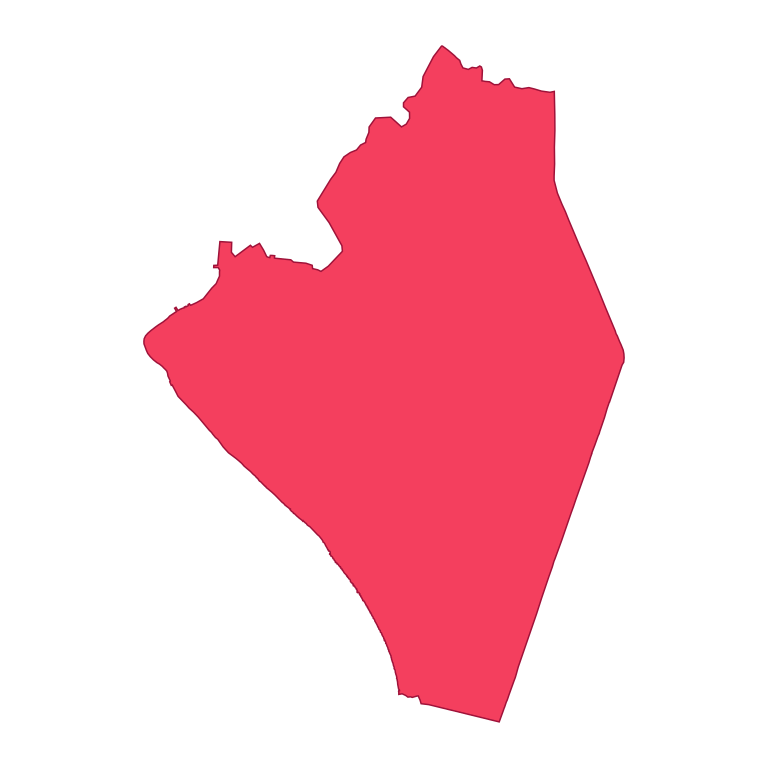 Mjini, Zanzibar West, United Republic of Tanzania (Albers equal-area conic projection)
{"feature_id": "72390352B88201413510937", "entity_name": "Mjini", "entity_type": "district", "adm_level": 2, "iso_a3": "TZA", "parent_name": "United Republic of Tanzania", "parent_adm1": "Zanzibar West", "projection": "albers", "projection_center": [39.207, -6.167], "detail": "fine", "context": "isolated", "style": "filled", "palette": "rose", "viewbox_px": 768, "rotation_deg": 0, "n_neighbors": 0, "source": "geoboundaries", "source_scale": "gbopen_adm2", "svg_char_len": 6014}
<svg xmlns="http://www.w3.org/2000/svg" viewBox="0 0 768 768"><path d="M442.5,46.1L441.5,46.1L433.5,56.6L423.1,76.5L421.7,87.2L415.1,96.1L408.1,97.5L403.5,102.8L403.5,106.8L409.5,112.2L409.6,118.4L406.3,124.1L401.5,126.9L390.7,117.2L375.5,118.0L369.1,127.0L368.9,132.4L366.1,139.2L365.6,142.5L360.6,145.0L356.5,150.0L350.4,152.5L344.0,156.8L339.7,163.4L335.9,172.3L330.8,179.1L317.3,201.1L318.0,207.4L329.1,222.6L341.9,245.7L342.4,251.3L328.3,266.2L321.0,271.4L317.7,269.8L312.6,268.6L312.2,265.3L305.9,263.2L293.5,262.1L290.8,259.8L274.8,258.2L274.4,258.0L274.7,255.7L271.7,255.4L270.3,255.4L269.8,257.6L268.0,257.2L266.7,256.6L263.6,250.2L259.5,243.4L252.5,247.3L250.4,245.3L235.1,256.7L231.4,252.3L231.7,242.3L219.9,241.6L217.7,265.2L213.8,265.4L213.7,267.6L218.2,267.6L219.7,270.1L219.5,271.8L219.5,276.2L217.7,280.1L216.2,283.6L211.7,288.2L203.3,298.8L198.9,301.3L196.6,302.6L191.1,305.1L190.5,305.2L189.4,303.8L188.2,304.5L188.5,305.1L188.1,305.7L186.3,306.7L185.9,306.3L184.4,307.0L184.6,307.6L182.1,308.4L181.3,308.8L180.2,309.2L178.0,310.5L176.0,307.3L174.6,308.2L176.5,311.5L169.6,316.1L168.3,317.7L166.6,319.2L165.0,320.4L163.3,321.8L158.6,324.8L155.8,326.8L151.0,330.5L147.9,333.2L145.6,335.8L144.2,338.7L143.9,341.2L144.0,343.9L146.4,350.4L147.8,353.5L150.3,356.7L153.5,359.9L156.9,362.6L159.5,364.1L162.6,366.6L163.3,367.5L165.6,369.7L166.8,371.1L167.5,373.1L168.0,376.1L170.3,381.0L169.7,381.7L171.3,385.4L172.3,385.1L172.7,386.0L175.3,390.9L178.1,396.4L185.9,404.5L189.4,408.4L193.3,411.9L198.2,417.0L209.4,430.4L211.5,432.4L212.7,434.1L215.5,437.5L217.7,439.2L223.3,447.1L228.5,452.8L236.1,458.5L241.6,463.2L244.3,466.3L250.4,471.4L253.2,474.3L255.2,475.9L256.6,477.7L257.5,478.2L259.1,480.6L259.8,481.3L260.5,481.6L265.0,486.2L265.7,486.4L266.1,487.4L271.5,491.8L275.1,495.1L282.5,502.7L283.1,502.9L284.8,504.7L285.2,505.4L285.7,505.5L286.4,506.2L288.6,507.8L289.6,508.8L290.3,508.9L290.1,509.7L290.6,510.0L291.2,511.0L293.2,512.5L293.5,513.4L294.3,513.5L297.0,516.2L298.0,517.0L298.6,517.6L301.9,520.2L302.4,520.7L303.0,520.6L303.0,521.4L304.0,521.5L305.3,522.9L306.3,523.5L307.2,524.9L308.4,525.8L309.8,526.6L317.5,534.7L319.1,536.0L322.1,539.8L322.9,541.1L323.0,542.0L323.9,542.5L324.8,543.7L325.6,545.5L327.3,548.4L327.9,549.8L328.3,549.9L328.6,551.0L329.5,551.1L330.2,552.0L330.2,552.9L330.3,553.3L329.7,553.5L329.6,554.2L330.0,554.6L330.4,554.7L330.7,555.1L331.0,556.1L331.4,556.1L332.6,557.2L333.0,558.6L333.6,558.9L333.9,559.1L334.3,560.3L335.5,561.5L335.3,562.0L335.5,562.5L336.0,562.6L336.6,562.9L336.9,563.5L337.2,563.5L337.2,564.0L337.9,564.2L338.3,564.6L338.6,565.2L339.0,565.6L339.4,566.3L339.9,566.8L340.4,566.7L340.5,567.5L340.7,568.0L341.0,568.0L341.2,568.6L341.4,568.9L342.0,569.0L342.1,569.6L342.5,569.9L342.5,570.4L343.2,571.0L344.1,572.7L346.3,575.0L346.7,575.9L347.0,575.8L347.1,576.4L347.5,576.7L347.6,577.2L347.9,577.2L348.1,577.3L348.7,578.6L349.0,578.9L349.6,579.1L349.8,579.3L350.3,580.2L350.4,580.8L350.4,581.3L350.6,581.8L351.1,582.2L351.3,582.6L351.8,582.8L352.1,583.0L352.2,583.5L352.8,584.1L353.3,584.1L353.5,584.7L353.2,585.3L353.3,585.7L353.4,585.9L354.3,585.9L354.6,586.2L355.2,587.5L356.7,589.0L356.4,589.4L356.7,589.8L357.3,590.6L357.0,592.0L357.3,592.5L357.8,592.7L358.6,592.3L358.9,592.6L359.3,593.3L359.4,594.0L359.9,594.0L359.9,594.5L359.8,594.9L360.0,595.1L360.4,595.6L360.7,595.7L360.8,596.1L360.8,596.7L361.6,597.5L361.8,598.2L362.1,598.6L362.2,599.0L362.7,599.5L362.7,600.0L362.8,600.5L363.3,600.9L363.9,601.0L364.2,601.5L364.4,601.9L364.7,602.1L365.1,603.1L365.6,603.9L365.7,604.4L366.0,604.7L366.3,605.6L366.7,605.7L367.0,606.3L367.2,606.9L367.5,606.9L367.6,607.0L367.4,607.3L367.7,607.6L367.7,607.8L367.9,607.9L368.0,608.3L368.3,608.6L368.6,609.7L369.3,610.3L369.7,611.4L370.0,611.6L370.0,612.0L370.4,612.9L370.8,612.9L370.9,613.4L371.1,613.9L371.5,614.3L372.0,615.8L372.7,616.4L373.3,617.9L373.3,618.4L373.8,618.6L374.7,620.1L374.8,620.9L376.4,623.7L377.3,625.4L377.9,627.0L378.3,627.1L378.7,628.4L379.0,629.3L379.6,629.8L379.7,630.1L380.3,630.6L380.3,631.7L380.5,632.2L381.4,632.8L381.7,634.1L382.1,634.4L382.1,635.0L382.3,635.4L382.6,636.0L383.2,636.7L383.7,638.0L383.8,638.5L384.0,638.6L384.0,639.0L384.3,639.8L384.9,640.2L384.9,640.6L384.6,640.8L385.2,641.2L385.8,642.5L385.7,643.4L385.9,643.6L386.0,643.7L386.5,644.2L386.7,645.2L387.2,646.5L387.7,647.3L388.2,649.4L388.7,649.8L388.7,651.1L389.0,651.3L389.2,651.5L389.4,652.5L390.5,654.9L391.0,655.9L391.0,656.9L391.2,657.6L391.4,657.7L391.5,658.9L392.5,662.2L392.9,662.9L393.3,664.7L393.5,665.8L393.9,666.4L394.2,667.6L394.1,668.6L394.3,669.0L394.5,669.1L395.0,670.0L395.2,670.8L395.4,672.6L395.7,673.5L395.9,674.4L396.4,675.7L396.8,677.7L396.6,678.3L396.9,678.8L397.0,679.4L397.3,679.7L397.2,680.8L397.5,681.4L397.7,684.2L398.6,689.1L399.4,689.9L399.5,690.7L398.7,690.8L398.6,691.5L398.9,693.0L398.8,693.4L398.8,694.4L402.2,693.8L405.8,695.5L407.9,697.1L410.6,696.8L412.2,697.4L416.8,696.1L418.2,695.9L420.1,700.2L421.1,703.7L428.6,704.6L499.2,721.9L503.3,710.6L504.0,708.5L504.6,707.1L506.3,702.0L507.2,700.1L509.1,694.5L514.1,680.6L515.3,677.5L516.4,673.7L518.2,667.1L536.6,613.7L541.6,598.1L548.9,576.5L552.3,566.9L553.9,561.4L555.0,558.7L561.6,540.6L571.1,513.0L573.4,506.7L576.0,499.0L588.9,462.7L590.5,457.3L591.9,453.4L591.7,453.3L594.9,444.9L598.1,435.9L599.2,433.6L599.7,431.6L604.5,417.5L607.1,408.5L609.3,402.1L609.5,402.1L621.8,365.8L622.3,364.6L623.7,362.3L624.1,357.9L623.9,354.0L623.2,350.1L621.0,344.6L619.6,341.6L617.3,335.9L616.0,333.6L615.3,331.1L605.5,307.6L598.7,290.8L586.3,261.2L579.8,246.4L568.9,220.5L565.4,211.7L561.9,204.1L557.4,193.1L554.1,180.3L554.1,176.2L554.6,164.0L554.4,147.3L554.9,130.5L554.8,114.6L554.3,91.4L550.0,92.3L541.5,91.1L534.1,88.9L528.9,87.6L521.9,88.7L514.6,87.1L509.4,78.8L504.9,79.1L498.6,84.6L494.2,84.7L489.5,81.8L485.1,81.4L481.9,80.8L482.4,70.3L481.4,67.0L479.8,66.0L476.4,68.0L472.1,67.4L468.3,69.4L462.9,67.9L460.9,64.0L459.7,60.4L456.4,57.7L454.5,55.7L448.5,50.6L442.5,46.1Z" fill="#f43f5e" stroke="#9f1239" stroke-width="1.5"/></svg>